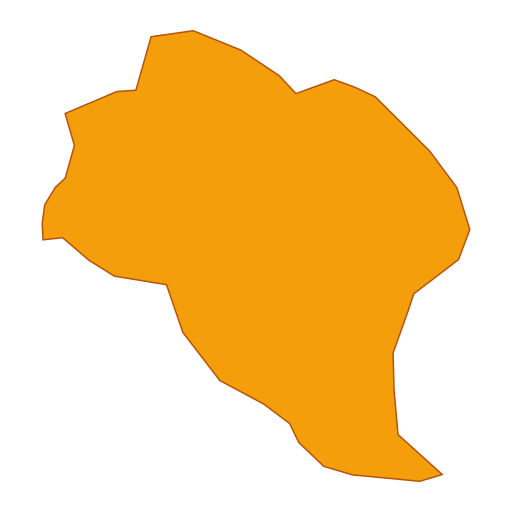 outline of Bayangol, Övörhangay, Mongolia
{"feature_id": "93677404B12248147717842", "entity_name": "Bayangol", "entity_type": "district", "adm_level": 2, "iso_a3": "MNG", "parent_name": "Mongolia", "parent_adm1": "Övörhangay", "projection": "natural_earth1", "projection_center": [103.336, 45.745], "detail": "fine", "context": "isolated", "style": "filled", "palette": "amber", "viewbox_px": 512, "rotation_deg": 0, "n_neighbors": 0, "source": "geoboundaries", "source_scale": "gbopen_adm2", "svg_char_len": 652}
<svg xmlns="http://www.w3.org/2000/svg" viewBox="0 0 512 512"><path d="M240.8,50.1L193.2,30.7L151.1,36.7L135.9,90.2L117.0,91.5L65.1,113.5L74.4,145.5L65.2,178.1L55.4,187.3L44.7,204.8L42.2,223.6L43.1,239.8L62.6,237.7L89.0,260.3L114.4,276.2L166.5,284.7L182.9,332.5L219.8,380.5L263.8,404.1L289.8,423.7L293.6,431.8L294.4,433.6L298.9,442.6L323.8,466.4L352.6,474.9L419.8,481.3L442.2,474.5L398.0,434.6L394.0,389.1L393.1,352.9L408.5,309.8L413.7,293.8L427.9,283.0L453.5,263.4L458.5,259.6L469.8,229.6L456.9,187.7L429.7,151.1L383.1,104.6L375.2,96.8L355.2,87.4L334.2,79.7L296.0,93.6L279.1,75.6L240.8,50.1Z" fill="#f59e0b" stroke="#b45309" stroke-width="1.5"/></svg>